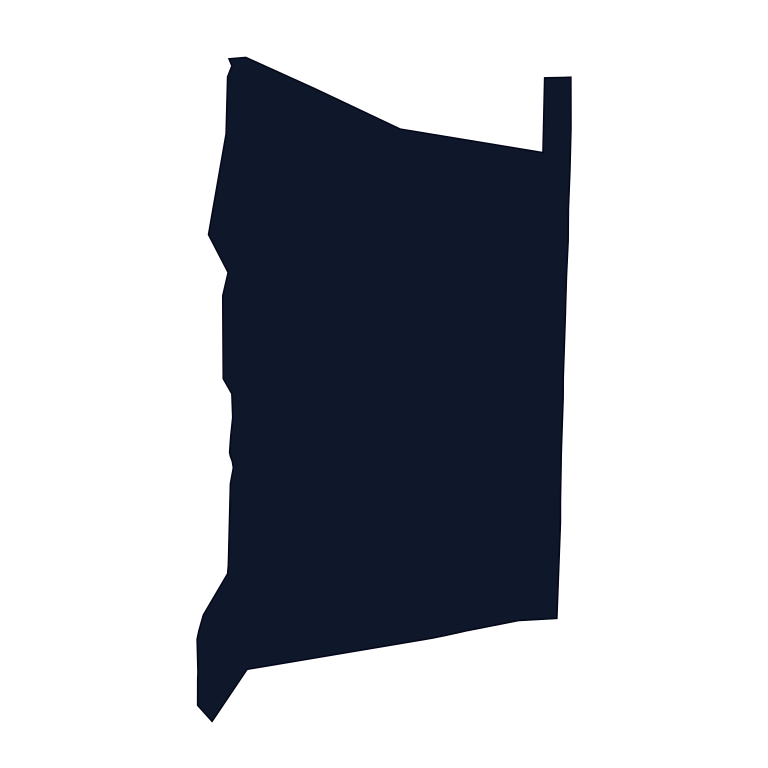 Dutchess, New York, United States of America, rotated 358°
{"feature_id": "52423323B41588458909272", "entity_name": "Dutchess", "entity_type": "district", "adm_level": 2, "iso_a3": "USA", "parent_name": "United States of America", "parent_adm1": "New York", "projection": "mercator", "projection_center": [-73.759, 41.759], "detail": "fine", "context": "isolated", "style": "filled", "palette": "ink", "viewbox_px": 768, "rotation_deg": 358, "n_neighbors": 0, "source": "geoboundaries", "source_scale": "gbopen_adm2", "svg_char_len": 822}
<svg xmlns="http://www.w3.org/2000/svg" viewBox="0 0 768 768"><g transform="rotate(358 384 384)"><path d="M574.2,83.9L555.2,83.6L550.9,158.3L409.1,129.8L326.1,86.9L257.3,52.8L240.4,53.6L243.1,60.8L238.4,71.5L234.9,128.5L213.8,228.6L232.1,267.1L225.9,290.2L223.5,373.1L227.3,380.3L231.6,388.5L231.6,408.9L231.6,412.3L229.0,430.9L227.3,446.7L227.9,450.6L229.7,456.1L230.5,462.5L227.0,478.3L222.1,559.6L221.1,568.1L195.4,608.5L190.3,624.4L188.3,632.6L188.0,665.5L187.5,672.3L186.5,698.6L200.4,715.2L237.2,664.4L423.2,639.7L438.1,637.2L457.9,633.5L510.2,625.1L548.6,624.3L555.5,528.9L556.3,506.8L557.7,480.4L558.8,458.9L562.6,403.8L563.3,386.5L563.3,385.4L567.9,318.1L567.9,317.6L570.2,281.9L573.1,246.9L574.4,216.0L577.2,178.5L579.8,135.4L581.5,83.9L574.2,83.9Z" fill="#0f172a" stroke="#020617" stroke-width="1.5"/></g></svg>